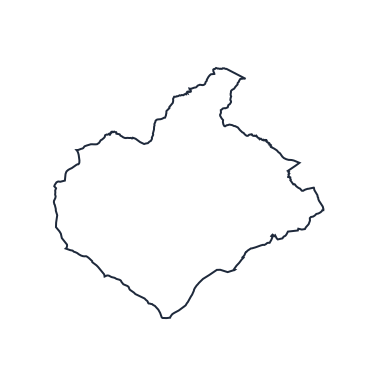 Ocland, Harghita, Romania, rotated 208°
{"feature_id": "2599482B57317224017504", "entity_name": "Ocland", "entity_type": "district", "adm_level": 2, "iso_a3": "ROU", "parent_name": "Romania", "parent_adm1": "Harghita", "projection": "robinson", "projection_center": [25.454, 46.155], "detail": "fine", "context": "isolated", "style": "outline", "palette": "slate", "viewbox_px": 384, "rotation_deg": 208, "n_neighbors": 0, "source": "geoboundaries", "source_scale": "gbopen_adm2", "svg_char_len": 6047}
<svg xmlns="http://www.w3.org/2000/svg" viewBox="0 0 384 384"><g transform="rotate(208 192 192)"><path d="M198.7,317.1L219.3,316.9L220.4,316.4L221.5,316.4L223.1,315.5L223.4,314.7L224.8,314.2L225.1,313.8L226.5,313.5L227.1,313.1L229.0,312.8L229.6,311.3L230.2,311.0L230.5,310.6L230.7,310.1L230.5,309.7L229.7,308.5L228.0,307.2L227.7,306.7L230.5,304.9L231.1,303.5L231.5,301.5L231.6,298.5L231.6,298.0L231.3,297.5L231.2,297.0L231.6,295.3L231.2,293.9L231.3,293.3L231.6,292.6L232.2,291.8L232.9,291.3L235.4,290.4L236.9,288.6L237.4,286.6L237.9,286.0L239.0,285.2L241.0,283.0L242.0,282.3L242.8,282.1L242.4,281.7L241.6,281.9L241.1,281.1L240.3,280.6L240.3,280.1L240.6,280.2L241.0,280.1L241.2,279.2L242.2,279.1L242.3,278.6L243.2,278.4L243.3,278.0L243.1,277.6L242.5,277.1L242.8,277.1L243.5,276.2L243.1,275.5L244.2,275.1L244.6,274.7L244.8,273.8L245.2,273.3L246.5,272.9L247.4,271.8L248.3,271.6L249.4,270.0L249.7,269.7L250.3,269.5L251.0,268.5L252.5,267.7L252.4,265.3L251.4,263.7L250.8,261.7L251.9,256.4L251.8,256.0L251.4,255.7L251.3,255.4L251.7,254.4L252.1,252.9L252.5,251.9L252.5,251.3L251.5,249.2L251.5,248.8L251.0,247.5L250.7,245.0L251.9,244.1L252.4,243.1L253.8,241.6L256.3,240.0L257.2,239.1L257.6,237.7L257.3,236.8L257.1,234.3L256.4,233.3L256.1,231.8L254.9,229.3L253.9,225.1L253.4,224.7L253.1,224.1L253.0,221.2L252.3,220.2L252.3,217.9L253.2,216.5L253.9,214.4L255.6,213.1L256.8,211.9L261.2,211.7L266.7,212.5L268.0,212.4L269.7,212.1L269.7,211.5L270.1,211.1L271.3,211.1L272.6,210.3L274.8,209.3L275.6,208.6L277.0,208.1L278.7,208.0L279.8,208.2L281.7,208.2L282.8,208.9L283.2,208.9L286.1,208.0L286.8,209.1L287.1,209.2L287.5,208.8L289.1,208.8L289.3,208.4L289.9,207.6L290.8,207.8L291.4,207.3L291.5,206.7L291.2,205.9L291.8,205.4L291.3,204.5L291.2,204.2L291.4,204.0L292.1,204.5L292.7,204.3L292.7,203.8L293.6,202.9L294.2,202.8L295.3,201.5L295.3,200.9L294.9,199.9L295.1,198.5L296.1,196.0L296.9,194.8L297.1,191.9L298.2,189.7L299.2,189.0L303.8,186.6L306.9,183.5L308.3,181.9L308.7,179.6L309.2,178.9L310.2,178.0L312.2,175.7L313.7,174.8L312.4,174.3L311.0,173.2L309.5,171.6L306.2,167.0L305.3,165.1L305.1,164.1L305.4,163.1L305.8,163.0L306.7,161.9L309.4,156.6L310.5,155.2L311.6,153.5L312.4,151.4L312.4,150.4L312.1,148.5L309.6,142.4L313.1,139.2L315.0,138.5L315.4,138.1L316.2,136.9L316.5,134.0L316.4,132.9L316.3,132.4L313.8,131.5L313.5,129.1L312.5,127.5L311.6,125.4L310.4,124.2L310.2,123.7L309.8,122.3L309.7,119.4L309.2,118.2L307.8,116.6L307.1,116.2L304.4,113.2L303.4,111.5L300.1,108.2L297.6,101.2L295.6,97.1L290.5,95.0L288.2,93.6L285.3,90.2L277.7,86.9L277.0,85.8L276.5,83.9L276.9,82.8L272.2,83.5L269.9,84.2L268.4,83.8L266.6,84.1L264.4,84.2L263.1,83.9L260.3,83.8L258.3,84.1L257.0,84.6L255.2,85.6L253.9,85.6L251.8,85.2L247.7,84.1L247.2,83.3L246.4,83.1L241.9,82.4L239.7,81.7L230.8,78.0L229.5,76.3L228.0,78.2L227.3,78.7L226.2,79.1L223.2,79.1L220.0,79.9L217.9,79.8L214.7,80.5L213.5,80.4L213.1,80.3L212.2,79.6L209.3,78.3L204.8,78.7L203.4,78.4L201.5,76.8L200.8,76.5L196.0,75.9L194.1,75.3L183.9,75.7L181.7,75.0L180.4,74.8L179.6,74.4L179.0,73.7L178.0,73.2L176.8,73.7L175.6,73.9L174.5,74.3L173.4,74.0L171.3,74.0L166.5,72.3L163.4,70.3L160.0,67.2L159.0,66.9L155.3,68.7L152.3,70.8L152.5,71.4L152.3,73.6L152.0,75.0L150.8,77.1L148.1,81.1L144.4,88.9L144.3,91.3L144.0,92.9L143.9,99.4L143.7,101.3L144.0,105.7L144.3,106.5L144.4,108.2L144.0,111.7L143.6,113.0L143.2,115.0L141.5,120.4L137.8,126.8L133.5,134.9L130.5,136.6L122.9,138.0L118.9,142.1L117.9,142.9L117.6,143.5L118.7,143.2L118.6,144.2L118.1,147.9L117.1,151.5L116.4,155.9L115.7,158.2L116.7,158.2L116.4,159.1L116.1,160.4L116.1,161.6L116.3,163.0L116.2,164.3L115.9,164.4L115.4,166.3L113.5,169.8L112.7,170.3L109.9,173.0L106.1,177.2L104.5,178.7L103.3,179.2L102.3,180.6L101.9,181.8L101.1,182.8L99.6,183.6L99.5,186.9L99.8,190.1L101.3,190.2L101.1,191.3L100.8,192.2L98.6,191.7L98.3,192.8L95.4,190.8L94.0,190.4L90.4,193.5L90.1,195.6L89.0,197.2L88.7,198.7L88.7,202.1L80.5,207.7L80.9,209.5L77.4,210.4L74.9,212.3L74.9,214.2L73.9,218.3L74.4,222.1L75.7,224.2L75.3,225.7L73.4,227.3L72.5,229.0L71.9,231.0L70.3,232.4L69.0,234.4L68.4,236.0L68.4,237.1L67.5,237.6L67.9,238.6L68.8,239.4L69.1,240.0L70.0,240.7L75.6,243.8L77.0,244.9L78.1,246.4L78.7,246.6L79.1,247.1L79.7,248.0L84.8,251.1L86.4,253.0L86.7,252.9L90.6,249.6L91.4,249.1L93.2,247.2L94.5,245.2L95.7,244.7L98.1,245.7L99.9,245.6L102.6,246.0L104.5,246.9L104.9,247.0L105.4,246.6L105.9,246.8L106.3,246.4L110.7,248.6L110.6,249.3L111.9,250.3L111.9,250.8L112.1,251.1L113.2,251.1L113.8,250.4L114.1,250.3L114.3,250.6L114.2,251.3L114.3,252.0L115.0,252.7L114.7,253.7L114.7,254.0L115.9,254.4L116.0,254.7L115.9,255.4L117.3,255.6L113.0,263.7L110.8,268.2L116.9,267.6L119.1,267.0L121.9,265.7L124.2,265.2L126.8,265.1L128.8,265.6L132.5,267.5L134.3,267.7L136.7,268.6L140.0,268.9L143.2,268.8L143.2,269.3L144.1,269.6L144.2,269.9L144.6,269.7L144.8,270.1L144.6,270.5L145.0,270.6L146.0,270.2L146.1,270.4L146.0,270.9L146.7,271.4L147.1,271.3L147.4,271.0L147.8,271.4L148.9,271.3L150.3,271.6L150.5,271.9L150.2,272.4L150.8,272.8L152.1,272.2L152.4,271.4L152.6,271.3L153.3,271.2L153.3,271.6L153.6,271.7L153.9,271.5L154.2,271.0L155.1,271.0L156.2,271.4L156.9,270.8L157.1,270.3L157.4,270.4L157.8,271.0L159.5,270.9L160.1,271.1L160.6,271.6L161.4,271.4L161.8,271.8L162.1,271.3L163.1,271.2L163.5,270.6L164.9,270.3L165.6,270.4L165.9,270.9L166.4,271.0L168.4,269.4L169.0,267.9L169.8,267.4L170.6,267.3L172.6,267.7L174.2,268.4L175.5,268.3L178.8,269.2L181.8,270.5L184.9,270.4L185.7,270.0L188.0,269.9L190.6,269.1L191.9,267.8L192.8,267.1L193.6,265.6L194.2,265.4L194.9,265.6L196.1,266.5L197.6,268.3L198.3,270.1L200.2,270.8L202.9,272.5L203.5,273.5L203.5,274.8L203.7,275.7L205.0,277.8L204.5,278.6L204.0,280.2L202.9,281.1L201.7,281.7L200.2,283.5L200.7,285.7L200.6,286.1L199.9,287.2L199.7,289.4L199.9,290.0L200.2,290.5L201.1,291.0L201.5,291.6L202.1,293.4L202.3,294.8L203.2,295.5L204.0,296.8L204.2,297.8L204.9,299.3L204.9,300.0L204.4,301.3L203.4,302.8L203.2,303.4L203.2,304.5L202.7,306.8L202.3,308.1L202.3,308.5L202.8,309.4L202.8,310.0L202.4,311.2L202.6,312.5L202.4,314.5L199.4,316.6L198.7,316.8L198.7,317.1Z" fill="none" stroke="#1e293b" stroke-width="2"/></g></svg>